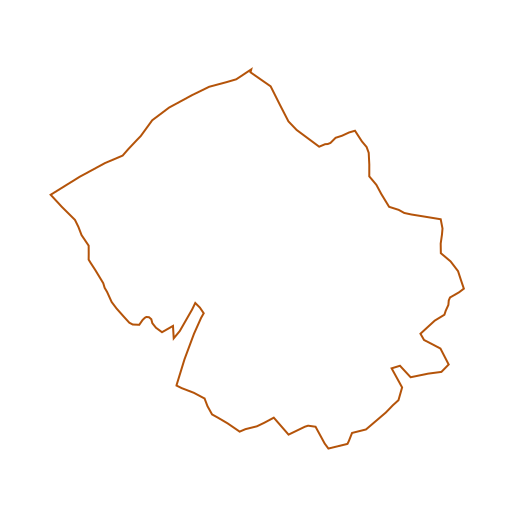 the district of Kifri, Diyala, Iraq, rotated 95°
{"feature_id": "34846034B3098543652793", "entity_name": "Kifri", "entity_type": "district", "adm_level": 2, "iso_a3": "IRQ", "parent_name": "Iraq", "parent_adm1": "Diyala", "projection": "robinson", "projection_center": [44.994, 34.558], "detail": "fine", "context": "isolated", "style": "outline", "palette": "amber", "viewbox_px": 512, "rotation_deg": 95, "n_neighbors": 0, "source": "geoboundaries", "source_scale": "gbopen_adm2", "svg_char_len": 1778}
<svg xmlns="http://www.w3.org/2000/svg" viewBox="0 0 512 512"><g transform="rotate(95 256 256)"><path d="M212.9,465.9L223.9,453.8L235.8,439.5L242.4,435.5L250.4,431.6L260.3,423.6L268.9,422.8L274.2,422.4L277.2,420.2L284.1,414.8L296.4,405.8L300.9,404.0L304.8,401.2L314.4,395.8L320.4,390.4L327.6,382.8L333.5,376.4L335.0,372.8L334.7,366.3L329.6,363.4L327.2,361.3L326.3,359.9L326.3,357.3L328.1,354.8L332.0,353.4L336.2,349.4L340.1,343.0L332.9,332.6L345.2,330.8L337.4,325.4L314.9,315.0L308.1,312.4L312.3,307.4L317.6,303.1L322.4,305.3L338.9,311.0L365.0,318.2L391.6,323.9L392.0,323.9L392.3,323.1L394.1,318.5L397.7,306.0L402.2,295.4L402.4,294.8L402.9,294.6L409.9,291.2L417.3,286.2L417.7,285.9L417.9,285.4L420.4,279.8L425.2,269.7L431.8,258.0L432.4,257.0L429.4,251.4L425.6,240.3L421.4,233.2L415.5,224.2L431.1,208.0L421.8,192.4L420.5,189.3L420.9,181.8L436.9,171.2L441.5,167.1L435.2,148.5L432.3,147.4L423.9,144.9L419.2,131.3L400.7,113.1L392.7,106.6L387.2,101.5L374.2,99.0L356.1,111.1L352.8,103.0L363.3,91.4L358.2,74.3L355.3,61.2L347.3,54.6L332.1,64.2L325.0,81.3L319.1,85.4L304.8,72.3L298.1,63.2L293.9,62.2L288.0,60.1L283.4,60.1L280.4,59.1L274.5,50.6L270.4,46.1L262.2,49.7L253.5,53.4L244.4,61.7L237.1,72.1L227.5,73.1L218.4,72.6L212.4,72.6L203.3,75.2L202.0,92.4L201.1,104.9L200.2,112.1L198.3,116.3L197.6,117.9L195.4,127.7L183.3,136.6L174.6,142.3L166.8,150.1L155.1,151.1L143.4,152.7L137.8,155.3L132.6,160.5L122.6,168.3L124.8,174.0L128.7,180.8L131.3,187.0L136.9,191.7L138.2,194.3L138.6,196.9L141.6,202.6L136.8,210.4L126.9,226.5L119.1,235.4L103.4,245.3L85.7,256.2L73.5,277.5L70.5,277.0L81.7,291.1L85.4,300.6L91.5,317.4L101.3,333.7L115.7,355.5L129.8,371.2L146.6,381.3L150.5,384.5L160.6,392.5L167.6,397.6L176.5,414.4L192.4,438.5L212.9,465.9Z" fill="none" stroke="#b45309" stroke-width="2"/></g></svg>